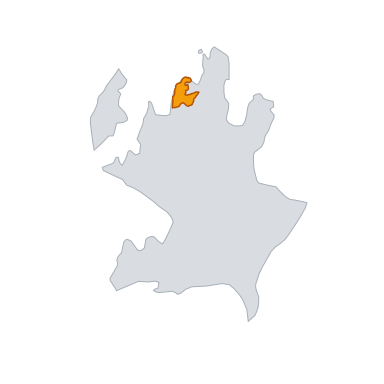 Gadabay District, Gədəbəy, Azerbaijan shown in context, rotated 70°
{"feature_id": "54616110B46799199998097", "entity_name": "Gadabay District", "entity_type": "district", "adm_level": 2, "iso_a3": "AZE", "parent_name": "Azerbaijan", "parent_adm1": "Gədəbəy", "projection": "robinson", "projection_center": [45.649, 40.556], "detail": "fine", "context": "in_parent", "style": "filled", "palette": "amber", "viewbox_px": 384, "rotation_deg": 70, "n_neighbors": 0, "source": "geoboundaries", "source_scale": "gbopen_adm2", "svg_char_len": 5240}
<svg xmlns="http://www.w3.org/2000/svg" viewBox="0 0 384 384"><g transform="rotate(70 192 192)"><path d="M258.9,296.9L257.5,296.8L247.1,299.2L244.9,298.4L235.9,287.6L234.1,286.4L230.3,285.9L228.0,284.2L226.1,281.3L225.1,279.1L215.8,273.3L214.5,271.1L214.2,269.3L215.6,267.6L217.1,266.1L221.6,264.7L226.8,263.4L228.5,262.5L229.3,261.0L229.2,258.5L228.4,256.0L220.8,251.5L220.0,249.6L219.7,247.3L220.1,244.8L221.3,242.9L227.4,240.2L230.6,237.5L228.5,234.5L221.9,227.6L214.0,219.9L208.8,219.9L202.7,222.1L193.2,228.6L187.8,231.4L180.9,236.0L173.4,241.1L167.2,246.5L163.3,251.0L156.5,253.0L153.0,256.7L141.5,268.0L138.2,267.9L138.0,262.3L138.1,257.8L137.4,255.3L133.7,251.8L133.6,250.3L134.6,249.3L137.5,249.9L141.2,249.7L142.9,248.3L138.9,243.7L135.4,240.6L132.5,238.5L131.8,237.3L131.8,236.4L132.4,235.4L137.5,232.8L138.0,230.5L137.6,227.9L129.6,224.0L123.5,225.5L118.1,221.1L114.6,217.8L110.3,214.2L106.4,212.3L102.7,207.8L96.3,203.2L92.1,201.8L92.2,201.1L93.0,200.3L94.7,199.6L106.2,199.8L107.6,198.9L108.3,197.0L109.8,194.1L111.6,189.8L111.5,186.2L100.0,180.3L91.6,175.0L85.9,167.9L81.9,161.4L82.1,159.3L83.2,157.2L92.1,151.3L92.7,149.7L92.5,148.7L89.4,145.6L85.4,142.5L84.1,140.2L81.6,139.0L76.8,138.9L68.4,135.1L66.7,134.7L66.3,133.9L66.7,133.1L72.7,131.6L72.6,130.3L70.8,128.6L67.4,127.3L64.3,124.3L63.2,121.5L74.0,113.4L77.2,111.8L84.3,113.3L99.0,118.7L98.0,121.6L99.4,123.3L102.8,125.6L109.3,127.9L114.7,129.1L117.5,128.1L121.7,127.2L127.2,129.9L132.2,133.2L134.8,134.6L136.1,135.0L139.9,133.9L144.5,129.5L146.3,124.3L146.8,121.8L144.1,118.3L138.6,114.5L132.4,111.2L128.4,108.2L125.9,102.5L123.3,101.8L122.6,101.1L122.2,99.1L122.3,96.4L123.2,94.2L125.7,93.3L128.2,93.0L130.5,91.0L133.3,87.0L134.5,84.8L139.9,86.1L140.6,89.6L141.6,90.4L143.8,90.0L147.5,88.5L150.5,89.6L154.3,93.8L159.6,98.3L162.4,101.3L163.6,103.4L166.3,105.4L170.2,107.7L173.4,111.4L176.2,120.0L179.1,122.0L189.2,125.3L192.8,126.0L202.8,127.1L206.3,126.3L211.3,118.9L215.9,111.2L220.2,109.7L227.9,106.0L232.5,102.5L234.4,98.7L238.7,91.6L241.4,87.7L246.0,91.2L254.1,100.8L265.6,116.4L268.5,120.8L270.4,126.0L272.1,132.2L274.8,137.7L286.5,151.5L291.6,156.7L299.9,163.3L302.8,164.7L306.6,165.2L313.6,165.2L320.1,167.8L323.3,169.6L326.6,172.2L329.6,175.2L332.8,183.4L321.5,180.7L310.3,181.1L303.9,182.9L297.8,185.2L291.9,188.6L288.3,195.1L285.4,210.3L281.0,224.6L281.3,231.2L283.4,237.6L283.2,240.6L281.1,241.8L278.5,244.5L275.2,257.6L273.5,260.2L271.3,261.9L270.6,260.3L270.7,256.9L265.7,253.9L263.1,257.3L261.4,264.5L257.9,272.1L257.7,273.5L258.9,296.9ZM90.8,162.8L91.3,160.8L89.9,159.8L88.4,159.8L87.1,160.8L87.1,163.3L88.9,163.8L90.8,162.8ZM53.7,222.0L52.0,219.9L51.2,218.7L56.2,217.8L64.5,214.9L66.8,216.3L69.2,219.2L70.4,221.6L70.6,226.2L71.6,226.9L75.6,225.4L77.4,227.2L80.5,229.4L85.9,231.6L93.7,228.2L97.6,227.3L100.7,227.4L102.5,228.5L103.1,232.0L102.4,236.4L101.5,238.8L103.2,240.5L109.6,244.7L112.2,247.1L110.9,251.1L115.7,261.0L117.3,264.9L119.2,269.7L109.4,267.8L91.9,263.8L87.1,261.7L82.5,256.2L79.8,253.5L75.8,250.1L72.5,248.8L70.0,246.4L68.5,242.9L66.5,239.7L62.9,236.0L54.7,223.3L53.7,222.0ZM64.3,137.6L63.2,138.3L61.6,137.6L61.1,136.1L61.2,134.5L62.9,134.1L64.2,134.5L64.6,136.0L64.3,137.6Z" fill="#d9dde1" stroke="#a8b0b8" stroke-width="1"/><path d="M100.6,151.5L100.1,152.0L100.0,152.6L99.8,153.2L99.5,153.7L99.4,154.6L99.6,155.8L99.7,156.3L99.7,156.9L99.6,157.6L99.4,158.2L99.6,158.9L99.4,159.4L99.6,159.9L99.6,160.4L99.6,161.0L99.4,161.5L99.3,162.4L99.3,162.9L99.3,163.6L99.0,164.0L98.8,164.4L98.5,165.0L98.4,165.0L97.9,165.1L97.5,164.9L97.1,164.6L96.9,164.2L96.6,163.8L96.1,163.7L95.4,163.4L94.6,163.3L94.5,162.4L94.6,161.3L94.4,160.8L94.0,160.3L93.6,160.0L92.9,159.8L92.3,159.7L91.6,159.5L91.1,159.5L90.4,159.4L89.6,159.3L89.6,159.6L89.5,159.8L89.8,160.4L89.9,160.7L89.8,161.2L89.5,161.7L89.0,161.8L88.4,161.8L87.7,161.4L87.2,160.9L87.0,160.3L86.9,160.0L86.9,159.8L86.9,159.2L87.0,158.6L87.6,158.3L87.6,158.2L87.9,158.1L88.0,157.4L88.0,156.8L88.0,156.0L87.7,155.3L87.3,154.8L87.3,154.7L87.0,154.5L86.7,154.4L85.7,154.7L84.9,154.7L84.4,154.9L84.1,155.3L83.7,155.8L83.2,156.2L83.2,156.7L83.3,157.2L83.1,157.6L82.4,157.7L82.0,158.2L81.7,159.0L81.7,159.6L81.8,160.2L82.1,161.1L82.4,161.8L82.7,162.6L83.6,163.5L84.1,164.0L84.6,164.5L85.1,165.0L85.2,165.4L85.4,166.1L85.4,166.7L85.1,167.2L85.2,167.9L85.3,168.6L85.3,169.3L85.8,170.0L86.4,170.6L86.7,171.1L87.4,171.3L88.2,171.6L88.8,171.9L89.0,172.4L89.6,172.8L90.4,173.4L91.0,173.8L91.7,173.9L92.5,174.0L93.1,174.4L93.6,174.7L94.4,175.2L95.1,176.0L95.6,176.5L95.7,177.4L96.9,177.9L97.8,178.2L98.5,178.4L99.6,178.7L100.7,179.1L101.6,179.6L102.7,180.2L103.7,180.7L104.5,180.9L105.5,181.4L106.2,181.4L106.0,180.9L106.2,180.5L106.6,179.8L106.9,179.0L107.0,178.1L107.0,177.0L107.1,176.6L107.2,175.9L107.1,174.9L106.7,174.3L105.9,173.4L105.5,172.6L105.1,171.8L105.1,170.7L105.1,170.0L105.8,169.3L106.6,168.7L107.3,168.4L108.2,168.0L108.7,167.7L109.2,167.3L109.8,166.8L110.0,166.1L110.2,165.6L109.9,164.8L110.0,163.7L110.0,163.0L110.0,162.4L109.7,161.8L108.7,161.0L108.3,160.5L107.4,159.5L106.5,159.1L105.6,158.8L105.2,158.5L104.8,157.7L104.4,156.9L104.1,156.2L103.3,155.5L102.9,154.7L102.6,154.1L102.2,153.5L101.6,152.8L100.9,151.9L100.6,151.5Z" fill="#f59e0b" stroke="#b45309" stroke-width="1.5"/></g></svg>